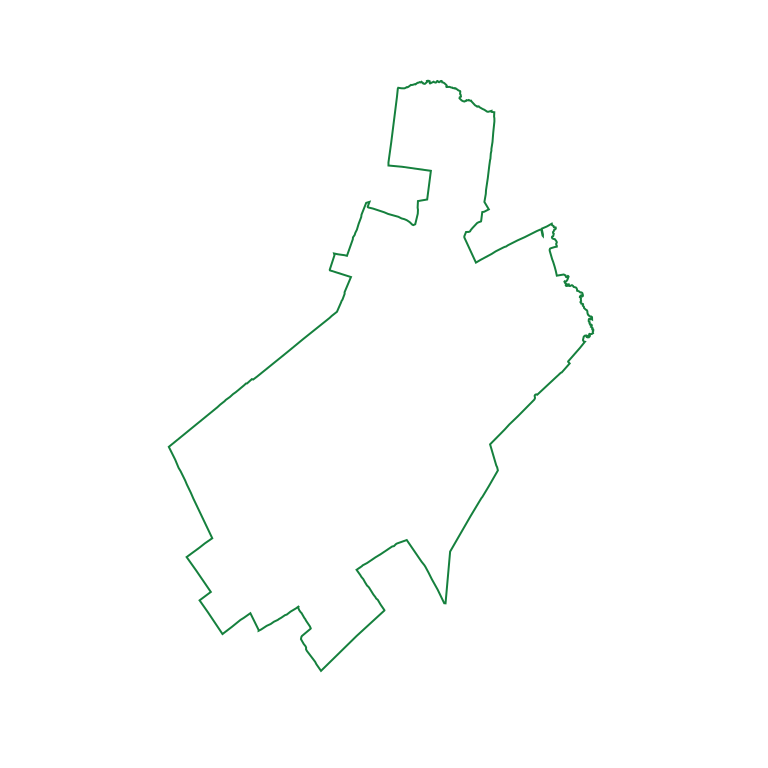 Vanatori, Mehedinti, Romania (Mercator projection), rotated 297°
{"feature_id": "2599482B58369047953244", "entity_name": "Vanatori", "entity_type": "district", "adm_level": 2, "iso_a3": "ROU", "parent_name": "Romania", "parent_adm1": "Mehedinti", "projection": "mercator", "projection_center": [22.926, 44.254], "detail": "fine", "context": "isolated", "style": "outline", "palette": "green", "viewbox_px": 768, "rotation_deg": 297, "n_neighbors": 0, "source": "geoboundaries", "source_scale": "gbopen_adm2", "svg_char_len": 6139}
<svg xmlns="http://www.w3.org/2000/svg" viewBox="0 0 768 768"><g transform="rotate(297 384 384)"><path d="M555.9,500.0L557.1,498.3L557.6,498.4L557.7,499.5L558.3,499.8L560.1,500.1L563.5,499.7L563.8,499.1L563.8,498.8L562.1,498.1L562.0,497.7L563.2,496.3L563.0,496.0L563.2,494.5L559.0,488.8L562.9,485.6L566.1,482.7L569.6,479.3L571.5,477.2L578.0,471.1L579.0,470.6L580.0,470.5L580.9,471.2L583.6,474.0L584.8,475.6L585.5,475.3L586.1,474.5L586.9,473.8L588.5,473.7L588.9,473.5L589.9,472.1L590.0,471.6L590.6,470.5L590.2,469.0L590.2,467.9L590.8,467.1L591.6,466.9L592.6,467.6L594.7,467.1L595.0,467.0L595.2,466.2L596.0,465.6L597.2,465.9L598.3,465.6L598.9,465.8L599.6,466.4L600.5,466.5L601.4,465.9L600.8,464.2L601.7,463.4L601.8,461.7L603.0,460.7L598.3,457.6L594.1,454.1L593.2,454.6L589.4,457.7L588.0,458.4L588.2,457.9L592.6,454.4L592.8,453.9L592.5,453.1L589.6,450.7L578.7,442.7L572.6,437.8L564.0,431.5L561.7,430.2L561.2,429.5L560.0,428.5L552.9,423.3L548.8,420.9L538.6,413.8L533.9,410.8L551.0,389.1L552.1,388.5L556.7,388.1L558.0,390.5L559.1,391.4L560.5,391.4L563.1,392.0L569.7,393.9L571.0,394.8L572.9,396.6L573.5,396.5L581.8,393.5L583.0,395.1L587.2,398.1L591.8,390.8L599.6,388.4L603.0,386.9L614.6,383.0L626.3,378.7L631.8,376.8L632.9,376.6L637.9,374.5L640.6,373.8L642.1,373.0L648.9,370.8L657.6,367.2L668.0,363.2L670.9,361.7L672.2,360.7L676.2,358.9L675.3,356.4L675.3,356.2L676.2,355.8L673.8,353.2L673.5,352.2L673.9,348.9L673.8,346.8L674.0,343.3L674.4,342.4L674.2,341.9L673.6,341.5L673.4,341.0L673.7,340.5L673.6,339.1L673.8,338.3L675.5,333.7L676.0,333.0L675.5,332.3L675.6,331.3L675.5,330.5L674.9,330.3L674.4,328.7L673.5,328.6L673.2,328.0L672.3,327.6L671.9,326.3L671.9,324.5L672.8,321.6L673.8,321.3L675.0,322.1L676.5,321.0L677.0,320.1L679.2,319.2L679.5,318.9L679.4,316.6L679.7,315.8L679.7,314.4L680.0,313.6L679.5,313.2L679.4,312.9L679.6,312.4L679.0,311.4L678.9,310.8L679.1,310.3L678.7,309.4L678.5,307.5L677.0,304.9L677.4,304.5L677.8,304.8L678.2,304.6L678.7,303.9L679.5,301.0L679.5,299.7L679.2,298.9L680.1,298.0L680.1,297.6L679.5,296.8L678.7,296.7L677.9,296.1L677.8,295.4L678.3,294.2L678.0,293.8L676.3,293.5L676.0,293.2L675.7,291.8L675.9,291.0L672.8,288.7L672.7,288.4L673.0,288.1L674.5,287.3L674.5,286.5L674.2,285.5L673.7,284.9L673.3,285.3L673.1,284.9L672.7,285.2L670.2,284.3L669.7,283.6L669.6,282.3L669.9,282.1L670.2,280.3L669.7,280.3L669.4,280.0L669.3,278.9L667.9,277.7L667.6,277.1L665.4,276.1L665.5,275.7L663.7,273.9L662.9,272.9L662.7,272.2L659.8,270.8L658.8,269.9L658.9,269.6L656.9,268.2L656.4,267.4L655.3,265.0L654.4,262.2L653.5,262.2L645.7,265.2L602.7,280.7L583.4,287.4L580.7,288.8L585.8,301.6L595.2,329.0L568.0,338.7L562.4,331.2L556.4,333.9L554.6,335.2L551.0,336.8L540.5,339.3L538.9,338.0L538.8,336.9L539.9,333.4L540.3,329.9L540.1,327.2L539.5,324.5L539.5,320.9L537.4,310.5L537.1,306.2L535.3,294.5L534.2,290.0L534.2,289.4L534.5,289.0L539.7,288.4L537.3,285.9L524.6,287.1L522.4,287.9L515.2,288.7L509.1,289.8L505.8,289.8L503.5,290.2L500.5,289.8L498.8,290.5L481.4,292.8L480.9,290.5L478.7,284.2L477.6,280.2L476.3,281.4L461.1,283.8L460.7,284.2L464.3,306.0L447.9,307.2L446.4,308.0L440.3,308.7L438.7,308.5L437.2,308.7L427.0,309.3L420.9,306.5L418.1,305.5L387.4,291.6L368.8,283.5L332.7,267.4L328.6,265.4L328.4,264.1L322.3,261.7L321.8,260.8L319.3,259.9L309.3,255.6L306.5,254.1L302.5,252.6L297.9,250.2L296.4,249.8L291.2,247.4L287.9,246.2L230.3,220.8L221.8,232.3L216.0,239.1L214.0,242.3L207.8,250.6L205.0,253.9L199.3,261.4L195.4,266.1L168.6,301.0L160.6,296.7L154.5,293.9L140.2,286.7L132.4,301.6L120.1,324.1L107.5,317.9L100.7,330.7L87.9,353.6L98.7,358.8L108.6,363.2L111.9,365.2L119.1,369.0L107.9,384.0L107.2,384.3L109.5,386.0L115.3,389.3L118.7,392.0L122.3,393.9L125.6,396.5L126.7,397.0L129.0,398.5L133.2,400.8L134.3,402.0L138.8,404.1L144.2,407.5L147.6,409.2L146.5,408.9L145.5,409.3L143.9,411.3L142.8,413.4L142.5,414.5L139.4,419.2L138.7,420.7L137.9,421.7L134.4,428.0L133.0,429.7L132.6,429.7L122.3,425.3L121.3,425.2L119.0,425.8L115.9,430.5L114.8,433.0L113.9,434.2L112.2,435.0L111.2,436.4L105.2,448.8L103.6,451.0L99.8,458.1L147.1,474.0L182.4,487.2L182.7,487.0L185.9,481.1L188.9,476.4L189.3,474.4L190.2,473.1L191.6,470.1L195.6,463.5L196.2,462.3L196.7,460.4L198.9,456.8L200.7,454.2L201.9,451.3L202.9,449.8L206.0,443.9L211.6,447.0L212.7,447.3L216.8,450.2L225.7,455.1L231.2,458.5L242.9,465.0L244.1,466.5L246.7,467.3L247.7,467.9L255.3,475.1L242.7,498.2L240.9,502.2L239.9,503.9L236.1,509.4L231.8,515.2L225.1,525.2L216.0,537.2L216.5,538.4L264.7,519.0L305.4,521.1L321.3,522.2L326.6,522.6L327.9,522.9L340.6,523.8L358.7,524.7L361.2,522.6L362.4,521.0L378.4,505.9L398.2,512.2L404.8,514.0L416.0,517.9L438.3,525.0L439.7,525.0L440.4,524.7L441.8,523.6L443.0,523.6L443.9,524.3L444.0,525.4L474.2,536.4L475.0,537.1L486.6,540.1L487.4,538.0L487.7,537.8L505.1,542.2L512.8,543.8L512.5,542.8L513.5,541.3L516.9,540.5L518.2,541.0L519.1,542.2L519.2,543.1L518.4,542.5L517.9,543.2L518.1,543.4L518.0,544.3L518.6,545.3L519.8,545.7L520.4,545.6L520.8,545.2L521.0,544.4L521.6,544.2L522.0,544.4L522.1,545.3L522.9,546.4L524.2,547.2L525.1,546.3L526.0,546.4L526.4,546.2L526.5,545.9L527.2,546.0L527.5,545.7L527.3,544.7L527.7,544.4L528.3,544.6L528.5,544.5L528.7,544.1L528.9,542.5L530.1,542.7L530.7,542.5L531.0,542.0L531.0,541.6L530.5,541.6L530.3,541.0L531.3,539.6L532.4,539.3L532.6,539.0L532.6,538.2L533.0,537.8L534.4,537.2L535.1,537.2L535.5,538.0L535.4,538.7L536.1,538.9L536.0,540.1L537.8,539.1L538.1,538.8L538.2,538.1L537.7,537.8L537.7,536.8L537.9,536.6L537.9,535.5L538.5,534.6L538.4,534.2L539.7,533.0L541.2,532.1L541.9,531.0L541.8,530.3L542.5,527.8L543.7,526.9L544.0,525.6L544.7,525.2L545.4,525.2L545.6,524.9L545.2,523.3L545.7,523.0L545.9,522.1L546.2,521.8L547.4,522.0L548.4,521.1L549.4,520.8L550.0,520.1L550.3,519.5L550.3,519.1L550.8,518.9L552.1,519.1L552.6,519.6L552.2,520.4L551.7,520.5L552.1,521.0L552.5,521.2L553.1,521.1L553.7,520.7L555.0,519.5L555.2,518.9L555.2,518.3L554.7,517.5L555.1,515.5L554.8,513.7L555.7,513.3L556.8,512.0L557.1,511.1L556.6,508.9L557.2,507.9L557.4,506.9L557.3,506.5L555.7,505.2L555.5,504.5L555.6,504.2L556.7,503.5L556.5,502.9L556.1,502.5L554.9,503.1L554.1,501.9L554.4,501.2L554.8,501.2L555.4,501.6L555.9,501.2L555.9,500.0Z" fill="none" stroke="#15803d" stroke-width="2"/></g></svg>